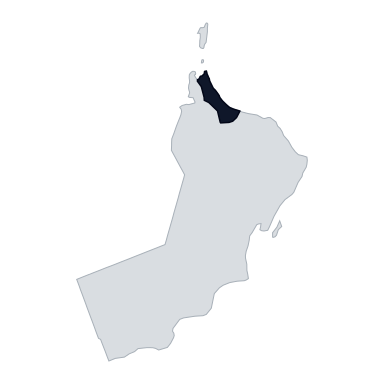 Oman, with Al Batnah North highlighted
{"feature_id": "OMN-2424", "entity_name": "Al Batnah North", "entity_type": "Region", "adm_level": 1, "iso_a3": "OMN", "parent_name": "Oman", "parent_adm1": "", "projection": "natural_earth1", "projection_center": [56.548, 24.234], "detail": "fine", "context": "in_parent", "style": "filled", "palette": "ink", "viewbox_px": 384, "rotation_deg": 0, "n_neighbors": 0, "source": "natural_earth", "source_scale": "10m", "svg_char_len": 3611}
<svg xmlns="http://www.w3.org/2000/svg" viewBox="0 0 384 384"><path d="M108.9,361.0L107.1,356.4L105.4,351.8L103.6,347.2L101.8,342.6L100.6,339.4L98.5,338.3L97.2,334.9L95.9,331.4L94.7,328.0L93.4,324.5L92.1,321.0L90.8,317.6L89.5,314.1L88.2,310.6L86.9,307.1L85.7,303.7L84.4,300.2L83.1,296.7L81.8,293.2L80.5,289.8L79.3,286.3L78.0,282.8L76.7,279.4L80.9,277.7L85.9,275.7L91.0,273.7L96.1,271.7L101.2,269.7L106.2,267.7L111.3,265.8L116.4,263.8L121.4,261.8L126.5,259.8L131.6,257.8L136.6,255.8L141.7,253.8L146.7,251.8L151.8,249.8L156.9,247.8L161.9,245.8L165.0,244.6L166.4,239.9L167.4,236.1L168.5,232.2L169.6,228.4L170.7,224.5L171.8,220.7L172.9,216.8L173.9,213.0L175.0,209.1L176.1,205.3L177.2,201.4L178.3,197.6L179.3,193.7L180.4,189.9L181.5,186.0L182.6,182.1L183.7,178.3L184.6,174.8L182.8,171.4L180.3,166.8L177.7,162.0L175.3,157.5L173.5,154.2L171.4,150.3L171.6,145.2L171.6,142.7L171.8,138.8L173.9,133.4L176.3,126.5L178.1,121.9L179.7,118.0L180.9,114.8L181.6,111.5L181.2,109.2L180.4,108.3L179.7,107.2L182.1,105.5L186.4,104.3L188.8,104.6L192.1,103.7L194.8,103.0L195.0,101.9L194.2,100.2L193.1,97.7L189.4,97.4L188.3,96.7L189.6,93.0L189.5,91.8L189.0,90.4L188.5,88.1L188.8,85.0L189.5,83.0L189.6,81.3L189.2,77.9L189.3,74.9L190.1,73.4L191.5,72.0L192.8,71.3L194.2,71.4L195.3,71.9L195.7,73.5L195.4,74.6L194.7,74.8L194.4,75.2L195.5,77.4L197.1,79.4L198.3,79.1L199.7,77.4L201.2,76.1L203.0,75.0L204.4,72.7L205.5,71.3L206.5,71.0L209.5,80.2L213.9,88.8L217.8,93.5L221.8,99.9L227.9,105.8L230.7,107.9L242.1,112.0L248.4,113.6L257.0,115.0L262.9,118.3L264.9,118.5L268.1,117.5L270.3,117.6L276.0,122.0L277.7,126.2L280.1,128.4L282.2,131.8L283.6,135.5L288.4,141.0L291.8,147.2L295.3,151.8L298.4,154.7L303.1,155.8L306.9,157.1L307.3,160.2L306.9,164.2L306.2,167.2L302.8,173.0L302.0,176.5L298.1,182.4L293.8,192.3L291.9,194.5L285.0,199.6L280.0,205.7L274.0,216.3L269.4,226.9L267.7,230.3L264.0,231.0L261.6,230.7L259.9,229.7L260.6,226.8L261.0,223.6L258.7,223.9L256.8,224.6L252.2,232.5L249.7,235.9L249.2,240.3L248.0,246.0L246.2,251.2L245.4,255.6L245.5,258.1L246.8,264.2L246.9,270.4L247.7,274.1L248.4,278.6L246.2,280.0L244.4,280.7L237.1,281.2L229.7,282.6L223.2,285.2L219.4,287.8L214.3,293.6L211.3,308.2L206.3,314.4L203.0,315.7L195.0,316.2L183.6,317.9L179.7,319.4L173.0,328.4L172.5,331.2L173.8,333.2L174.2,335.5L173.6,337.6L170.6,343.3L167.4,347.4L158.7,350.0L155.6,348.4L152.7,347.7L147.1,347.6L138.0,348.6L134.6,351.6L129.3,353.8L124.4,357.1L115.2,358.4L108.9,361.0ZM203.9,47.6L203.4,48.4L202.5,48.5L200.6,47.8L199.5,46.3L199.7,44.3L199.8,40.7L200.3,37.4L200.2,33.8L198.7,33.1L197.6,33.3L200.1,28.2L201.0,27.5L201.9,27.8L204.2,27.3L205.3,24.5L206.3,23.0L207.3,23.2L207.8,24.1L207.4,28.2L207.4,31.7L206.1,42.3L204.8,44.1L204.2,45.6L203.9,47.6ZM275.0,236.8L273.1,237.4L272.6,237.1L272.6,232.7L276.9,227.2L279.7,220.8L281.7,226.5L278.3,229.7L276.5,235.2L275.0,236.8ZM203.4,62.1L202.2,63.0L201.4,62.9L201.6,61.0L202.1,59.7L203.3,59.8L203.6,60.6L203.4,62.1Z" fill="#d9dde1" stroke="#a8b0b8" stroke-width="1"/><path d="M197.5,79.7L198.1,79.7L198.7,79.5L198.9,79.2L199.1,78.6L199.7,77.8L200.2,76.5L200.7,76.2L201.7,76.1L202.3,75.8L203.2,74.8L203.4,74.6L204.2,74.0L204.4,73.6L204.4,73.4L204.4,72.8L204.5,71.6L204.7,71.4L204.8,71.3L206.4,71.1L207.0,73.9L208.9,78.1L209.2,78.5L209.4,79.3L209.6,80.8L213.0,87.9L213.7,88.7L215.4,90.3L218.5,94.6L219.2,95.7L219.4,96.4L219.7,97.4L222.6,101.1L226.0,104.4L228.7,106.8L229.7,107.5L233.8,109.2L239.2,110.8L239.9,111.1L236.5,117.6L232.7,121.2L229.1,122.4L220.7,122.9L220.2,122.2L217.5,110.9L208.8,102.5L204.3,100.3L204.1,97.3L201.3,86.6L197.4,81.2L197.5,79.7L197.5,79.7Z" fill="#0f172a" stroke="#020617" stroke-width="1.5"/></svg>